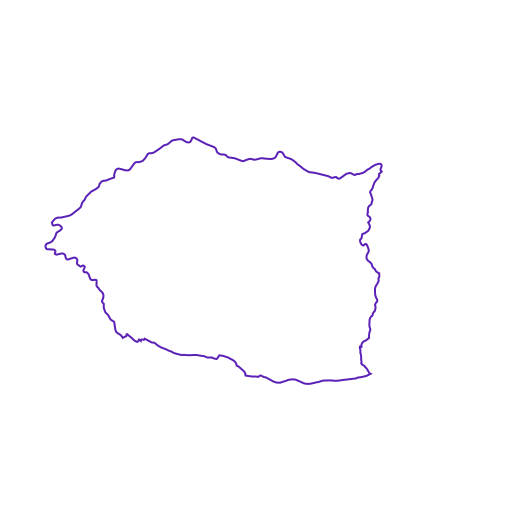 San José De Pare, Boyacá, Colombia, rotated 47°
{"feature_id": "7082276B89227279129415", "entity_name": "San José De Pare", "entity_type": "district", "adm_level": 2, "iso_a3": "COL", "parent_name": "Colombia", "parent_adm1": "Boyacá", "projection": "albers", "projection_center": [-73.534, 6.001], "detail": "fine", "context": "isolated", "style": "outline", "palette": "violet", "viewbox_px": 512, "rotation_deg": 47, "n_neighbors": 0, "source": "geoboundaries", "source_scale": "gbopen_adm2", "svg_char_len": 6121}
<svg xmlns="http://www.w3.org/2000/svg" viewBox="0 0 512 512"><g transform="rotate(47 256 256)"><path d="M420.3,252.6L419.7,252.8L418.7,252.9L413.8,251.8L411.8,251.9L410.7,251.6L409.8,251.8L408.5,252.3L406.7,252.4L406.3,252.3L406.0,251.6L402.6,249.0L401.2,247.6L400.1,246.8L398.0,245.7L396.0,243.8L394.4,243.0L393.1,241.8L393.6,241.2L394.4,240.9L394.0,240.4L393.0,239.7L392.0,237.7L391.9,237.0L391.9,235.7L392.2,234.5L392.5,234.0L392.7,232.9L393.0,230.1L393.0,229.1L392.5,228.9L391.0,227.4L388.9,224.6L388.6,223.8L387.8,222.6L387.1,222.1L385.1,221.2L383.8,220.2L379.9,216.2L379.0,214.2L378.8,212.8L379.0,211.4L377.9,210.0L377.4,208.8L377.2,206.4L375.4,203.9L374.9,203.4L373.4,202.6L372.6,201.8L372.0,199.9L372.0,198.8L371.5,197.8L370.4,197.1L368.7,196.7L366.0,195.5L363.8,193.8L360.9,191.1L359.8,189.2L359.0,186.2L357.9,183.3L355.9,181.7L355.5,181.1L355.5,180.5L355.2,179.9L354.7,179.4L353.2,178.3L352.8,177.7L351.4,178.2L349.1,178.7L346.6,178.0L344.5,178.3L342.5,177.9L340.9,176.9L338.3,176.8L335.9,177.3L333.4,177.0L331.8,175.6L330.7,174.0L329.8,171.0L329.4,170.3L328.0,169.1L323.7,167.3L322.7,167.3L321.9,167.6L321.6,168.5L321.8,169.5L321.7,170.0L321.4,170.4L320.7,170.8L319.3,170.9L317.4,170.5L315.8,169.5L315.2,168.9L315.0,168.4L315.0,167.1L314.8,166.4L313.5,164.8L312.5,163.4L312.6,162.8L313.5,161.0L314.1,156.8L313.9,155.8L312.8,153.3L311.7,152.2L309.8,151.5L308.2,151.2L307.8,150.6L308.1,149.3L307.8,148.6L307.3,147.4L306.6,146.7L305.5,146.3L304.8,146.3L303.0,146.7L302.5,146.7L301.5,146.2L300.4,144.4L298.7,142.9L297.1,141.0L296.6,139.4L296.8,137.0L296.7,136.3L294.8,133.0L294.2,132.3L293.6,131.9L288.4,129.5L287.5,129.3L287.0,128.8L286.6,127.8L286.2,125.4L285.7,124.2L284.6,122.4L283.1,119.3L282.6,117.2L282.4,113.9L282.0,112.4L281.4,111.1L280.6,110.8L280.0,110.3L279.8,109.8L280.1,108.3L279.9,106.4L278.9,106.5L278.1,106.3L277.2,105.4L276.3,103.4L275.4,102.3L274.4,101.9L273.3,102.3L272.3,103.3L270.6,106.8L269.7,111.0L269.5,113.5L268.8,115.9L268.7,118.9L268.1,121.2L266.1,125.0L264.6,126.6L264.3,128.4L263.6,128.9L260.4,130.0L259.1,131.0L257.5,133.9L256.8,140.0L256.2,142.6L254.3,143.5L253.1,143.4L252.2,144.3L251.3,146.2L250.5,147.4L247.6,148.4L246.1,149.2L236.0,155.8L232.9,158.2L231.3,159.7L229.1,160.6L224.7,161.9L219.9,162.5L217.5,163.1L214.5,163.1L210.0,163.9L207.5,165.0L205.2,166.3L203.2,167.2L199.4,166.3L198.1,166.2L196.2,167.2L195.4,168.5L195.5,170.3L196.5,172.4L197.0,174.1L197.0,175.5L196.5,177.0L195.5,178.7L191.7,182.3L188.6,184.9L187.6,186.2L186.3,188.7L184.7,191.4L181.3,193.7L180.3,195.0L178.9,198.1L178.2,200.2L177.1,201.4L170.2,204.8L167.8,206.6L165.1,208.9L163.6,209.3L161.6,209.2L159.7,210.4L158.7,211.6L157.1,212.8L154.7,213.6L153.2,213.5L150.4,212.3L149.3,212.1L147.5,212.5L140.3,216.0L126.7,220.8L126.1,221.9L127.1,224.1L127.7,226.0L127.4,227.2L126.9,227.9L125.5,229.1L122.5,230.0L120.8,230.3L119.5,231.2L118.2,232.5L115.1,237.3L114.5,238.2L114.2,239.7L114.2,242.5L114.0,244.1L113.6,245.5L112.5,247.3L112.2,248.6L111.7,254.0L110.7,259.9L110.3,261.0L109.3,262.7L108.0,264.0L107.6,265.5L108.9,270.2L109.1,272.5L109.1,274.1L108.5,275.8L107.2,278.0L106.0,279.1L105.2,280.5L105.4,282.8L106.6,288.4L106.6,290.4L105.5,291.9L104.1,293.2L100.1,295.6L98.2,297.0L97.6,298.3L97.5,299.5L97.9,301.0L100.1,304.7L101.2,305.3L101.8,306.4L101.1,307.7L98.4,314.5L97.3,315.7L96.8,316.7L96.2,318.2L96.6,321.3L98.0,323.4L98.1,324.7L97.9,327.0L97.2,330.1L96.5,332.4L96.7,339.0L96.9,340.2L98.0,343.0L98.2,345.5L98.7,347.2L99.6,348.9L100.3,349.8L100.7,351.0L100.7,353.9L100.3,357.3L100.0,361.8L99.6,364.0L98.5,366.3L94.6,372.9L92.8,374.6L91.9,376.9L91.7,378.0L92.3,382.4L94.2,383.5L95.0,383.6L95.6,383.3L97.9,379.6L98.9,379.0L100.5,378.5L101.7,378.4L102.7,378.7L103.4,379.2L103.7,380.0L103.7,381.3L103.6,382.8L103.1,384.5L103.0,386.1L104.9,389.6L105.6,391.8L106.2,395.0L105.8,397.2L104.3,400.8L104.4,401.7L105.0,403.0L105.9,403.8L107.4,404.4L108.0,404.4L108.6,404.1L113.3,399.6L114.2,399.2L115.4,399.2L115.9,399.6L116.3,400.1L116.8,401.3L117.6,401.6L118.7,401.2L119.3,400.4L121.2,397.0L122.4,395.6L123.1,395.2L124.0,395.0L124.8,395.0L125.6,395.2L127.2,396.2L128.1,396.6L129.4,396.6L129.9,396.4L130.8,395.0L132.3,391.5L132.9,390.5L133.6,389.6L135.0,389.0L136.4,389.1L137.1,389.4L137.7,390.0L138.5,391.2L139.2,391.9L139.7,392.2L140.6,392.3L144.0,391.6L144.4,391.1L144.7,389.6L145.0,389.0L145.6,388.6L146.8,388.5L147.5,389.0L148.7,391.9L149.2,392.4L150.0,392.7L150.6,392.6L151.3,392.2L152.1,391.2L152.8,390.9L153.9,390.8L155.1,390.9L159.7,392.8L161.3,392.7L162.5,391.6L163.8,389.7L164.2,389.4L164.9,389.2L165.6,389.6L168.8,392.8L169.8,393.2L171.6,393.0L173.8,393.5L176.5,393.3L177.9,393.3L179.2,393.6L180.8,394.4L182.6,396.5L183.9,399.4L184.5,399.8L185.4,400.0L187.0,399.9L187.8,400.5L189.6,402.3L190.9,403.1L194.0,404.4L195.1,404.6L197.6,404.4L198.7,404.5L203.0,405.6L204.2,405.5L207.1,404.7L207.7,404.8L213.8,409.0L215.8,409.9L216.8,410.1L221.5,408.9L224.1,409.0L225.0,409.3L225.6,406.9L226.2,405.6L225.0,404.1L225.2,403.6L229.5,403.0L235.4,402.5L237.6,401.6L238.1,400.9L237.4,398.5L239.6,398.2L238.9,397.2L239.0,396.8L239.3,396.3L240.9,395.1L240.9,394.9L240.6,393.8L244.8,392.3L247.8,391.4L248.8,390.7L249.8,389.7L250.8,389.4L255.1,388.7L258.0,387.8L264.0,384.9L265.5,384.5L268.1,383.1L270.7,382.3L272.4,381.4L277.1,378.4L280.2,375.1L281.8,373.8L284.7,370.6L286.2,368.7L288.5,366.4L291.1,364.6L293.0,362.9L294.2,362.1L297.1,360.8L300.3,357.3L301.1,357.2L303.1,356.1L304.5,355.0L304.3,353.3L303.6,350.6L306.7,348.1L311.7,345.4L313.5,345.0L315.4,344.2L318.2,343.5L320.7,343.7L322.0,344.3L322.9,344.9L325.0,344.1L332.6,343.4L335.1,344.2L336.0,345.1L336.3,345.2L341.2,341.3L344.3,338.1L346.0,336.7L346.2,334.6L346.9,333.9L349.9,332.8L350.8,332.2L351.2,331.7L357.2,329.6L359.0,329.2L362.1,327.6L363.3,326.7L365.3,324.5L365.6,323.5L367.9,318.9L368.5,317.0L370.1,314.7L371.7,312.8L372.9,311.8L374.3,310.9L375.9,310.4L377.4,309.6L381.4,308.0L382.6,307.3L384.3,305.9L386.3,303.7L388.5,300.0L389.6,297.9L390.7,296.4L392.3,292.9L393.3,291.4L397.7,286.4L401.8,282.7L403.9,280.0L405.2,278.0L413.4,266.8L413.8,266.2L414.1,264.8L416.4,261.6L419.0,257.0L420.3,252.6Z" fill="none" stroke="#5b21b6" stroke-width="2"/></g></svg>